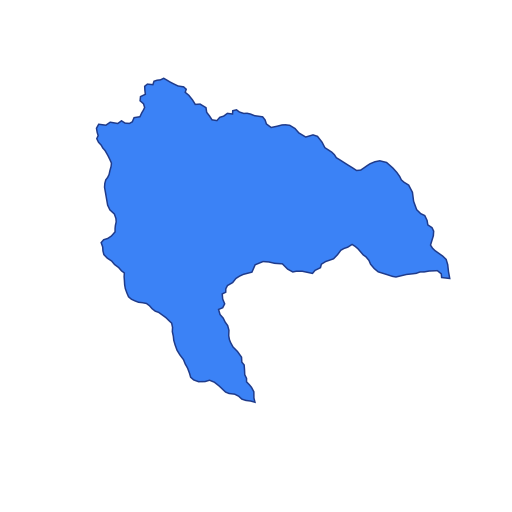 Nova Rosalândia, Tocantins, Brazil, rotated 108°
{"feature_id": "56859067B9139796576235", "entity_name": "Nova Rosalândia", "entity_type": "district", "adm_level": 2, "iso_a3": "BRA", "parent_name": "Brazil", "parent_adm1": "Tocantins", "projection": "natural_earth1", "projection_center": [-48.963, -10.527], "detail": "fine", "context": "isolated", "style": "filled", "palette": "blue", "viewbox_px": 512, "rotation_deg": 108, "n_neighbors": 0, "source": "geoboundaries", "source_scale": "gbopen_adm2", "svg_char_len": 3416}
<svg xmlns="http://www.w3.org/2000/svg" viewBox="0 0 512 512"><g transform="rotate(108 256 256)"><path d="M237.4,421.3L253.5,412.8L257.3,409.2L259.8,403.7L263.6,400.8L266.8,399.5L270.2,399.2L273.1,398.6L276.6,397.5L281.7,399.7L285.1,402.4L287.6,405.9L291.1,407.4L294.8,404.6L298.5,403.1L301.7,401.1L304.0,396.8L305.4,391.7L307.8,387.9L309.4,383.1L311.7,379.3L312.8,376.0L316.5,375.0L320.2,373.5L324.0,372.0L327.4,370.2L331.0,367.4L334.2,364.6L335.6,361.2L336.1,357.2L336.3,353.5L335.5,349.6L335.0,345.5L336.2,341.9L338.2,338.6L339.6,334.8L339.7,331.1L341.1,326.8L342.5,322.5L344.3,318.9L345.9,315.5L349.7,313.3L353.8,312.2L357.9,309.8L361.5,308.2L365.5,305.5L370.0,302.0L373.5,297.9L377.0,292.9L380.6,289.9L383.8,286.4L388.2,282.9L391.5,280.7L393.1,277.0L393.3,271.8L391.2,265.7L388.5,261.8L388.9,256.6L391.0,250.9L393.3,246.1L394.8,242.9L395.1,239.2L394.0,233.6L394.7,229.1L396.5,225.3L396.5,221.0L395.6,216.4L395.4,211.8L391.7,214.1L385.8,216.1L382.3,219.7L380.4,222.7L378.6,226.1L375.3,227.2L372.4,230.0L367.4,231.9L363.3,233.6L361.3,236.7L356.7,238.5L352.5,244.2L349.6,249.8L346.2,253.4L343.8,255.4L340.3,257.3L335.0,258.8L331.0,261.4L328.3,265.0L325.2,268.0L322.8,272.1L318.4,275.1L315.5,271.7L311.2,271.0L307.2,274.4L302.5,276.4L299.8,273.6L296.5,274.6L292.9,274.0L288.5,270.0L283.6,268.2L280.2,265.4L277.4,262.4L272.6,254.9L268.8,254.5L264.6,254.1L259.1,247.6L257.7,242.0L257.2,236.0L255.3,228.5L257.0,225.2L258.7,221.9L259.8,216.1L258.0,212.9L256.2,207.3L255.1,196.9L251.4,195.4L247.2,191.1L243.6,191.3L239.8,188.1L234.7,181.4L229.6,178.9L224.3,177.1L221.6,174.6L219.3,171.5L215.3,168.2L216.2,164.7L217.6,161.3L221.8,154.4L222.8,151.2L225.3,147.2L228.4,144.5L231.4,139.7L233.3,134.9L233.2,125.1L233.2,119.8L232.7,116.4L230.2,112.3L227.0,107.1L224.9,102.4L223.0,98.3L220.5,95.1L219.1,91.0L216.8,86.7L213.9,79.0L215.7,74.3L219.1,72.8L217.5,64.8L211.4,68.1L205.0,71.0L200.5,74.1L198.4,78.4L196.9,83.2L195.5,87.6L194.0,90.6L191.7,93.4L181.9,93.6L177.5,94.7L174.7,97.3L173.3,102.2L169.3,104.3L165.4,108.0L164.8,112.5L162.3,117.5L155.3,123.0L147.1,126.9L141.4,132.7L140.1,138.1L138.7,141.3L136.0,143.9L133.0,147.9L130.1,152.9L128.7,156.1L126.7,160.7L127.2,167.7L129.6,172.0L133.0,176.0L135.7,178.2L138.9,180.6L142.0,183.0L143.6,186.8L142.3,191.5L141.0,196.9L138.6,206.2L137.7,210.0L135.4,212.8L133.8,216.1L131.7,224.0L127.4,228.3L123.2,234.5L123.2,239.2L127.5,245.5L125.7,253.3L122.7,258.3L121.3,264.3L122.1,268.4L123.3,271.7L126.1,276.1L129.1,281.3L127.2,286.9L123.8,289.4L121.6,292.7L122.3,296.8L123.0,300.7L122.7,305.0L123.0,308.5L124.2,311.7L124.2,316.3L123.0,319.7L125.0,323.0L128.2,322.2L129.2,327.3L133.0,330.0L135.3,333.3L139.3,335.0L140.1,339.9L137.2,343.5L134.6,347.3L130.4,349.4L128.8,356.1L130.6,360.6L127.2,364.6L123.9,369.6L122.2,373.9L119.0,373.9L117.5,377.1L118.4,382.7L117.7,387.8L117.1,391.5L116.3,394.9L115.5,398.7L118.0,401.3L119.4,404.4L121.3,407.0L124.9,407.0L126.1,412.4L129.0,414.3L132.7,412.9L136.4,411.2L140.1,415.1L144.2,414.2L146.0,410.0L149.2,407.8L152.2,408.2L155.2,408.9L159.4,409.4L162.1,414.7L166.6,415.1L169.0,417.3L170.1,421.5L169.0,425.7L172.7,428.4L173.8,436.0L178.0,439.2L178.6,442.5L179.3,446.3L183.8,447.2L187.6,445.2L190.3,443.3L193.6,443.7L196.5,440.9L198.4,437.5L200.7,435.0L202.4,432.1L206.1,428.0L209.4,424.8L212.3,422.2L215.5,421.5L220.0,421.3L223.9,420.9L227.2,421.4L230.0,422.4L233.7,422.2L237.4,421.3Z" fill="#3b82f6" stroke="#1e3a8a" stroke-width="1.5"/></g></svg>